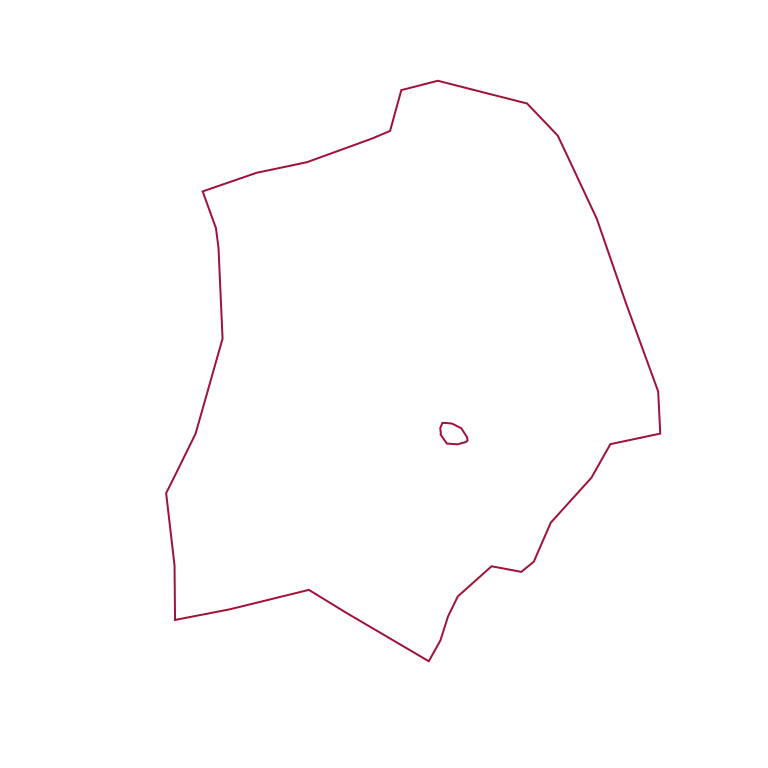 the district of Xanxongor, Ömnögovi, Mongolia, rotated 255°
{"feature_id": "93677404B48685910961776", "entity_name": "Xanxongor", "entity_type": "district", "adm_level": 2, "iso_a3": "MNG", "parent_name": "Mongolia", "parent_adm1": "Ömnögovi", "projection": "natural_earth1", "projection_center": [104.555, 43.693], "detail": "fine", "context": "isolated", "style": "outline", "palette": "rose", "viewbox_px": 768, "rotation_deg": 255, "n_neighbors": 0, "source": "geoboundaries", "source_scale": "gbopen_adm2", "svg_char_len": 839}
<svg xmlns="http://www.w3.org/2000/svg" viewBox="0 0 768 768"><g transform="rotate(255 384 384)"><path d="M663.4,476.8L626.9,455.4L624.2,436.1L618.2,367.0L621.0,315.7L617.0,258.7L578.1,262.0L558.4,259.4L469.6,239.8L384.7,189.1L351.5,160.0L334.9,145.3L262.9,134.7L210.2,121.1L206.3,176.3L204.6,258.1L173.0,288.1L104.6,355.5L121.7,372.1L143.1,385.8L143.5,386.2L159.7,400.3L180.1,440.7L167.0,468.0L173.6,482.7L206.9,509.2L239.8,560.1L267.3,587.1L264.6,638.0L305.8,646.9L398.6,638.7L488.5,632.3L556.0,620.3L579.0,616.1L617.9,594.8L635.5,563.4L663.0,514.4L663.4,476.8ZM321.2,447.2L311.3,450.4L308.0,450.2L306.8,448.2L306.7,439.4L310.2,429.3L320.2,425.7L320.5,425.6L321.0,425.9L321.4,426.0L322.5,426.3L325.7,426.7L327.0,427.0L331.3,430.4L330.5,433.2L328.2,439.4L323.4,444.8L321.2,447.2Z" fill="none" stroke="#9f1239" stroke-width="2"/></g></svg>